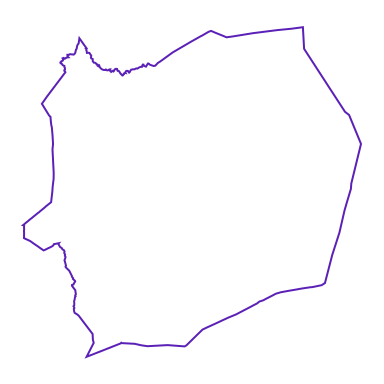 the district of San Esteban Atatlahuca, Oaxaca, Mexico
{"feature_id": "50627088B77951750237496", "entity_name": "San Esteban Atatlahuca", "entity_type": "district", "adm_level": 2, "iso_a3": "MEX", "parent_name": "Mexico", "parent_adm1": "Oaxaca", "projection": "albers", "projection_center": [-97.721, 17.074], "detail": "fine", "context": "isolated", "style": "outline", "palette": "violet", "viewbox_px": 384, "rotation_deg": 0, "n_neighbors": 0, "source": "geoboundaries", "source_scale": "gbopen_adm2", "svg_char_len": 4420}
<svg xmlns="http://www.w3.org/2000/svg" viewBox="0 0 384 384"><path d="M304.1,48.8L302.9,27.2L291.7,28.7L277.3,30.1L252.8,33.2L232.4,36.5L226.5,37.3L223.2,35.9L219.0,34.2L215.5,32.8L211.1,30.9L208.6,31.8L201.7,35.8L201.1,36.1L200.8,36.2L191.7,41.3L183.0,46.4L173.4,52.0L171.9,53.0L164.2,58.6L160.2,61.5L157.8,63.0L155.3,65.7L155.1,65.7L153.7,66.0L152.8,65.7L151.5,65.3L149.6,64.5L148.6,63.5L147.9,63.5L146.0,66.6L144.0,65.9L143.5,64.6L142.8,64.6L142.3,65.5L142.0,66.8L140.6,66.9L139.2,67.4L138.5,67.9L137.4,68.6L136.3,68.4L135.5,68.7L134.5,69.3L132.7,69.3L132.1,69.5L131.1,69.7L130.2,71.1L129.9,71.8L129.1,72.6L128.6,72.0L128.3,71.4L128.1,71.5L127.5,70.9L126.7,70.9L125.9,71.2L125.6,71.7L125.5,72.1L125.4,72.6L125.6,73.0L125.1,72.9L124.5,73.1L124.1,73.3L124.0,73.7L124.0,74.1L123.4,74.5L123.2,75.0L122.6,75.5L122.1,75.3L121.9,74.6L121.2,74.4L120.9,73.8L120.4,73.5L119.5,71.9L118.7,70.9L118.2,70.8L117.8,70.9L117.3,70.4L117.1,69.0L115.8,68.8L114.9,69.3L114.4,69.9L114.1,70.8L113.6,71.4L112.9,70.8L111.2,71.9L110.8,71.0L109.9,70.7L109.9,70.1L110.2,69.4L109.2,69.5L108.2,70.2L107.1,70.4L105.9,69.5L105.4,70.0L103.5,69.9L101.9,69.3L100.5,68.1L99.6,66.8L99.1,65.2L98.3,65.3L98.0,66.0L97.5,65.6L97.7,64.7L97.4,64.4L96.6,64.3L95.6,63.0L94.7,62.7L93.9,62.7L93.3,61.9L92.8,61.3L92.7,59.0L91.3,58.4L90.9,57.6L91.0,57.0L91.2,56.2L91.2,55.4L90.6,54.8L89.4,52.9L88.9,52.8L86.9,52.9L86.6,50.7L86.2,49.9L86.7,48.6L86.0,48.3L86.3,48.0L79.4,38.3L78.6,43.6L77.8,44.4L77.2,45.7L76.6,48.9L76.4,49.2L76.0,49.6L75.3,52.6L75.1,53.1L74.8,53.6L73.7,54.6L72.0,54.4L70.9,54.3L69.9,54.2L68.8,54.9L68.4,54.7L67.4,54.8L67.5,56.4L68.4,57.3L67.3,57.4L65.9,58.0L64.9,58.7L63.7,57.9L62.6,58.3L63.2,59.8L62.8,60.6L62.1,60.9L61.7,61.2L61.1,61.5L60.8,62.1L60.4,62.4L60.6,63.3L61.6,63.5L62.7,65.2L64.4,65.9L64.4,67.1L64.8,67.6L65.0,69.4L64.4,70.0L64.3,70.8L65.1,71.5L65.4,72.2L46.8,96.8L41.9,103.8L46.9,111.9L49.1,115.5L50.5,116.9L50.7,119.7L50.9,122.0L51.4,125.7L51.8,127.1L52.5,134.9L53.0,143.1L53.0,144.4L52.5,149.5L53.0,159.2L53.5,169.1L53.7,173.2L53.6,179.0L52.7,186.4L52.3,192.0L51.1,202.2L46.1,206.2L44.2,207.9L39.8,211.5L39.0,212.3L37.9,213.0L37.7,213.2L35.7,214.8L35.3,215.2L34.2,216.0L33.4,216.7L32.6,217.3L32.1,217.8L31.4,218.3L31.0,218.6L30.5,219.0L29.9,219.5L29.1,220.1L28.5,220.7L27.7,221.4L27.1,221.8L26.6,222.2L25.9,222.8L25.4,223.2L24.6,223.9L23.9,224.5L23.0,225.2L24.1,225.5L24.1,226.8L24.0,228.1L24.2,228.9L24.0,230.3L24.0,232.0L24.1,232.9L24.0,237.5L24.0,238.1L24.7,238.5L25.1,238.6L25.5,238.9L26.2,239.2L26.9,239.5L27.1,239.6L27.4,239.8L27.7,239.8L27.9,239.9L28.3,240.2L28.7,240.4L29.1,240.5L29.7,240.8L29.9,240.9L30.1,241.0L30.4,241.2L31.0,241.6L31.3,241.9L31.7,242.1L32.5,242.7L33.3,243.3L34.1,243.8L34.4,244.1L35.1,244.5L35.3,244.6L35.6,244.9L36.9,245.7L38.0,246.5L39.0,247.2L40.2,248.1L40.7,248.4L41.4,248.9L42.6,249.7L43.6,250.4L44.1,250.2L45.1,249.8L46.0,249.3L46.5,249.1L47.4,248.6L47.9,248.4L48.5,248.1L48.8,247.9L49.4,247.7L50.2,247.3L51.2,246.8L51.6,246.6L52.3,246.2L52.6,245.9L53.0,245.7L53.3,245.3L53.5,245.1L53.8,244.2L58.8,243.2L58.3,243.8L59.0,245.1L60.0,246.9L61.8,248.1L62.4,249.3L63.9,250.2L64.6,251.6L64.2,252.9L65.1,254.6L64.9,255.3L64.9,255.9L65.4,256.6L65.5,257.3L64.5,260.3L65.0,261.9L66.0,265.7L65.5,266.7L66.1,267.6L69.3,270.8L71.9,276.0L71.9,276.7L73.1,278.1L72.9,278.9L74.9,280.7L75.2,281.4L74.0,283.3L73.5,284.4L72.0,285.0L72.0,285.8L73.3,287.6L75.3,290.2L75.6,292.8L75.9,294.1L75.2,295.4L75.6,296.3L75.0,297.0L74.7,299.2L74.1,301.3L74.3,303.7L74.2,305.5L73.5,306.2L74.4,308.0L73.8,308.9L74.2,311.6L74.7,312.9L77.2,314.4L78.8,315.8L92.6,334.0L92.9,339.8L93.7,342.9L86.6,356.8L120.7,343.4L121.2,342.8L121.5,343.1L134.7,343.8L137.3,344.4L141.3,345.3L147.5,346.2L167.6,345.1L184.6,346.4L185.5,345.9L186.3,345.4L186.8,345.0L194.2,337.7L202.5,329.6L207.3,327.3L210.4,325.9L213.7,324.4L217.6,322.6L223.8,319.7L225.6,318.9L227.9,317.8L232.7,315.8L235.9,314.5L242.2,311.2L247.8,308.3L251.4,306.4L253.4,305.3L255.6,304.2L257.1,303.4L258.0,302.7L258.5,302.2L259.5,301.5L263.0,300.4L266.6,298.5L268.6,297.5L272.3,295.6L275.9,293.7L281.0,292.2L282.3,292.0L287.1,291.1L289.4,290.7L292.3,290.2L296.4,289.5L299.7,288.9L302.0,288.5L310.7,287.2L311.9,287.2L317.2,286.1L318.1,285.9L321.6,285.2L324.9,283.1L324.9,282.7L325.1,282.5L332.2,255.1L339.4,232.7L344.4,211.0L344.4,210.9L346.8,202.6L350.9,188.9L351.3,183.5L361.0,143.9L349.1,115.0L345.0,111.8L330.1,88.9L304.1,48.8Z" fill="none" stroke="#5b21b6" stroke-width="2"/></svg>